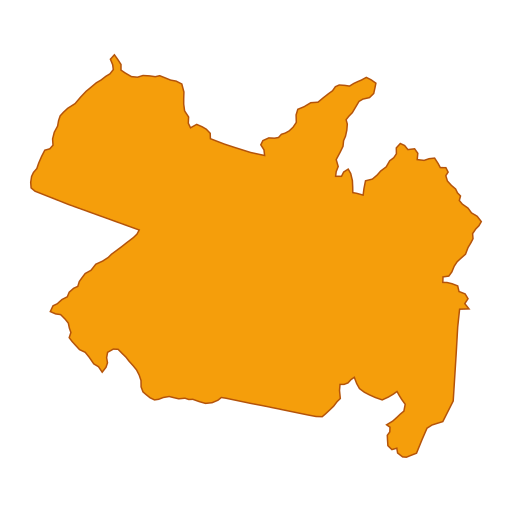 the district of Barra do Piraí, Rio de Janeiro, Brazil
{"feature_id": "56859067B26511615248896", "entity_name": "Barra do Piraí", "entity_type": "district", "adm_level": 2, "iso_a3": "BRA", "parent_name": "Brazil", "parent_adm1": "Rio de Janeiro", "projection": "robinson", "projection_center": [-43.906, -22.425], "detail": "fine", "context": "isolated", "style": "filled", "palette": "amber", "viewbox_px": 512, "rotation_deg": 0, "n_neighbors": 0, "source": "geoboundaries", "source_scale": "gbopen_adm2", "svg_char_len": 3625}
<svg xmlns="http://www.w3.org/2000/svg" viewBox="0 0 512 512"><path d="M481.3,221.6L477.2,216.3L471.5,212.9L468.0,208.1L462.3,204.1L459.3,200.5L460.5,196.0L457.5,192.9L455.6,189.0L451.4,185.4L447.4,181.0L445.8,175.7L448.1,172.1L445.9,167.7L440.3,167.6L438.1,163.5L434.6,158.1L429.1,158.7L424.1,160.4L417.2,159.6L417.8,153.3L414.6,148.8L407.9,149.6L404.6,145.5L400.3,143.5L396.3,147.9L396.4,153.8L393.8,157.7L389.7,160.8L386.2,166.9L380.7,171.0L377.2,175.0L372.4,179.1L365.5,180.8L364.0,188.4L363.1,195.1L357.0,193.4L352.8,192.6L352.7,187.1L352.4,180.6L350.7,173.5L348.2,169.1L343.7,172.0L341.5,176.3L335.6,176.3L336.2,171.6L338.2,166.5L336.2,159.6L340.3,151.9L343.0,146.3L343.6,140.6L345.5,136.2L346.8,130.2L347.3,124.1L346.1,119.7L348.8,116.3L352.3,112.7L355.8,106.8L359.0,101.4L362.9,99.1L369.5,97.6L373.7,93.5L374.9,88.1L375.9,83.2L371.1,79.8L366.3,77.4L361.3,80.1L357.5,81.7L353.7,83.5L349.5,86.1L344.9,85.4L339.2,85.0L335.4,86.7L332.5,90.8L328.1,94.0L323.0,98.0L318.0,102.2L310.8,102.7L303.9,106.8L297.8,109.3L296.1,114.9L296.3,122.4L293.1,127.2L289.2,130.9L285.2,133.1L281.4,134.3L278.5,137.5L274.5,138.2L268.8,137.9L262.9,140.6L260.8,144.8L264.0,149.9L264.6,155.5L250.7,152.5L234.8,147.5L224.4,144.1L210.4,138.7L210.2,133.3L206.3,129.2L202.2,126.8L196.7,124.4L190.5,127.8L188.3,123.2L188.6,117.0L184.6,110.9L183.7,104.1L183.7,99.0L183.9,92.0L181.8,84.0L176.1,81.1L170.6,80.1L165.0,77.8L159.7,75.7L155.3,76.7L149.7,75.9L143.0,75.5L137.5,77.2L131.4,76.6L124.9,72.8L121.0,70.1L121.0,64.5L117.7,59.4L114.4,54.8L110.4,59.2L112.7,64.8L113.3,69.6L110.0,73.8L105.7,76.4L101.1,80.0L96.3,82.8L90.6,87.6L86.2,91.2L80.6,97.1L75.1,103.6L67.7,108.3L63.5,112.2L60.2,115.8L58.6,120.5L57.6,126.1L54.3,132.2L52.6,138.9L53.0,145.2L49.8,148.8L44.8,150.2L41.6,156.4L38.7,163.1L36.8,168.6L33.5,172.4L31.6,176.4L30.7,182.3L31.1,187.9L35.0,191.2L68.3,204.4L139.2,230.0L137.0,234.1L133.5,237.5L126.8,242.6L121.9,246.5L111.5,254.2L108.3,257.4L102.6,261.1L95.8,264.2L91.0,270.3L85.2,273.5L81.8,278.0L79.3,281.5L77.8,286.4L73.6,288.3L69.2,292.2L67.3,296.8L62.0,299.5L57.2,303.8L53.0,305.8L50.3,311.6L55.6,313.9L60.6,314.6L65.2,319.2L68.3,323.1L69.4,328.2L70.9,332.5L69.2,337.7L72.2,341.6L75.1,344.8L79.5,349.6L85.2,352.3L89.1,357.1L93.8,363.9L98.5,366.7L102.2,372.2L106.0,367.3L107.5,362.8L106.6,357.7L107.6,352.3L113.3,349.1L118.1,349.3L122.2,353.5L126.0,357.2L128.9,361.0L133.3,365.9L136.6,370.0L139.2,375.1L141.0,380.5L141.1,386.9L143.0,391.9L146.1,394.6L150.1,397.8L154.5,399.9L158.6,399.3L163.3,397.5L169.2,396.5L173.2,397.5L178.7,398.8L185.0,398.2L188.8,399.5L192.8,399.3L199.2,401.6L205.5,403.4L212.1,402.7L218.0,400.2L221.3,397.5L225.9,398.2L250.7,403.4L261.9,405.5L308.1,415.0L316.0,416.5L322.2,416.7L325.5,413.9L328.9,410.7L333.7,406.1L337.1,401.6L340.3,398.5L339.5,390.5L340.0,384.4L344.0,384.4L348.0,382.9L350.9,379.7L354.3,377.3L356.7,383.6L359.5,388.6L364.3,392.2L369.3,394.8L375.3,397.5L382.2,399.9L388.3,397.1L393.2,394.2L397.0,391.5L399.2,395.4L401.6,399.3L405.2,404.3L403.9,411.1L400.3,414.1L397.3,417.0L392.7,421.1L386.6,424.8L390.0,427.2L389.8,431.9L387.3,435.3L387.5,439.8L387.9,445.7L391.9,449.6L396.8,448.2L397.6,453.0L402.6,456.9L406.4,457.2L410.6,455.5L416.5,453.2L422.0,439.7L427.0,428.2L432.0,425.0L436.7,423.5L442.8,421.6L447.8,411.7L453.2,401.0L456.2,353.5L457.7,327.0L459.6,309.2L469.0,308.9L464.8,303.6L468.0,298.7L465.1,293.9L459.0,291.5L457.7,285.9L452.0,283.7L447.0,282.5L442.8,282.4L443.0,276.9L448.8,276.1L451.8,272.0L454.2,266.2L457.1,261.8L460.2,258.9L465.5,254.2L468.0,247.6L471.0,242.6L473.0,238.7L472.6,233.6L475.8,228.9L478.9,225.8L481.3,221.6Z" fill="#f59e0b" stroke="#b45309" stroke-width="1.5"/></svg>